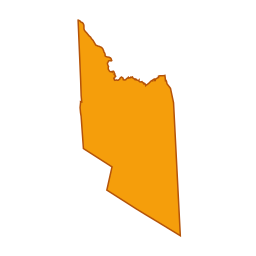 Palauli East, Palauli, Samoa, rotated 177°
{"feature_id": "51752279B87683289177764", "entity_name": "Palauli East", "entity_type": "district", "adm_level": 2, "iso_a3": "WSM", "parent_name": "Samoa", "parent_adm1": "Palauli", "projection": "orthographic", "projection_center": [-172.295, -13.729], "detail": "fine", "context": "isolated", "style": "filled", "palette": "amber", "viewbox_px": 256, "rotation_deg": 177, "n_neighbors": 0, "source": "geoboundaries", "source_scale": "gbopen_adm2", "svg_char_len": 2392}
<svg xmlns="http://www.w3.org/2000/svg" viewBox="0 0 256 256"><g transform="rotate(177 128 128)"><path d="M81.4,17.7L81.2,150.8L83.5,165.4L86.8,170.2L87.1,172.5L87.5,173.5L88.1,173.3L88.2,175.7L88.4,178.6L89.4,178.4L91.0,178.4L93.4,178.5L94.4,178.3L94.9,178.1L94.8,176.9L95.2,176.8L96.4,176.2L97.8,175.5L98.0,175.2L98.3,174.0L98.6,174.0L98.8,174.0L98.8,174.5L99.0,174.8L98.7,175.5L99.3,175.6L99.7,175.1L100.5,174.9L100.8,174.5L100.8,173.8L101.0,173.8L101.2,174.2L101.6,174.2L102.2,173.9L103.0,173.3L104.6,171.8L106.7,170.3L107.6,169.9L108.1,169.5L108.1,170.4L109.1,171.7L109.5,171.8L109.8,171.2L109.9,171.3L110.0,172.1L110.6,172.6L111.2,172.6L111.6,173.6L113.3,173.3L113.6,173.4L114.7,174.4L114.6,175.1L114.9,174.8L115.3,175.0L116.6,175.3L117.1,176.1L117.7,176.5L118.0,175.8L118.3,175.8L118.8,176.1L119.2,176.9L119.7,177.1L120.6,177.8L120.9,178.8L121.3,178.8L122.4,178.1L122.8,178.5L123.0,178.2L124.4,177.9L124.6,178.0L125.0,178.7L125.3,178.4L125.1,178.1L125.2,177.8L126.1,177.7L126.7,177.5L127.5,176.7L127.7,176.3L128.8,176.1L129.4,176.3L130.0,176.4L129.9,176.8L130.3,177.0L130.3,177.6L130.4,178.1L131.0,178.7L131.7,178.9L131.9,179.2L132.8,178.7L133.2,178.3L133.7,177.5L133.8,177.1L134.5,176.8L135.2,176.2L136.2,176.2L136.7,176.6L137.4,176.4L138.7,176.3L139.0,176.6L139.0,177.3L139.3,177.5L139.6,178.2L139.5,178.6L138.7,178.9L138.6,179.4L138.0,179.9L138.0,180.4L137.7,180.5L138.2,181.2L138.3,181.9L138.9,182.1L139.0,182.4L138.4,182.8L138.7,183.4L139.1,184.8L139.5,185.4L139.8,185.5L140.6,185.3L140.8,185.2L140.9,184.7L141.5,185.2L142.0,185.0L142.8,185.2L143.4,185.6L144.6,187.7L144.6,189.4L144.2,190.4L144.6,191.1L145.0,192.3L145.2,193.8L144.1,195.4L143.9,196.0L142.9,196.2L141.9,196.0L141.2,195.9L140.7,196.2L141.4,198.4L142.1,199.1L142.9,199.3L143.3,199.8L144.2,199.8L145.5,200.2L146.7,200.8L147.1,201.3L147.0,202.3L147.3,203.9L148.1,205.2L148.3,206.4L149.1,208.5L149.7,209.3L150.4,210.0L151.5,210.5L152.6,211.1L153.9,211.4L154.9,212.1L155.8,212.4L158.3,217.3L159.8,219.1L160.6,220.7L162.1,222.1L164.4,225.3L165.4,226.4L166.5,228.0L166.8,229.5L166.7,231.5L166.7,233.1L167.3,234.7L168.1,235.7L169.2,236.0L170.1,237.2L171.8,238.3L172.2,238.3L172.8,178.3L173.1,162.9L172.9,157.8L172.9,156.4L174.0,156.8L174.0,156.1L174.8,150.9L174.6,145.7L174.2,142.1L173.6,109.8L146.0,90.0L152.4,67.1L123.6,46.5L113.8,39.8L106.4,34.8L81.4,17.7Z" fill="#f59e0b" stroke="#b45309" stroke-width="1.5"/></g></svg>